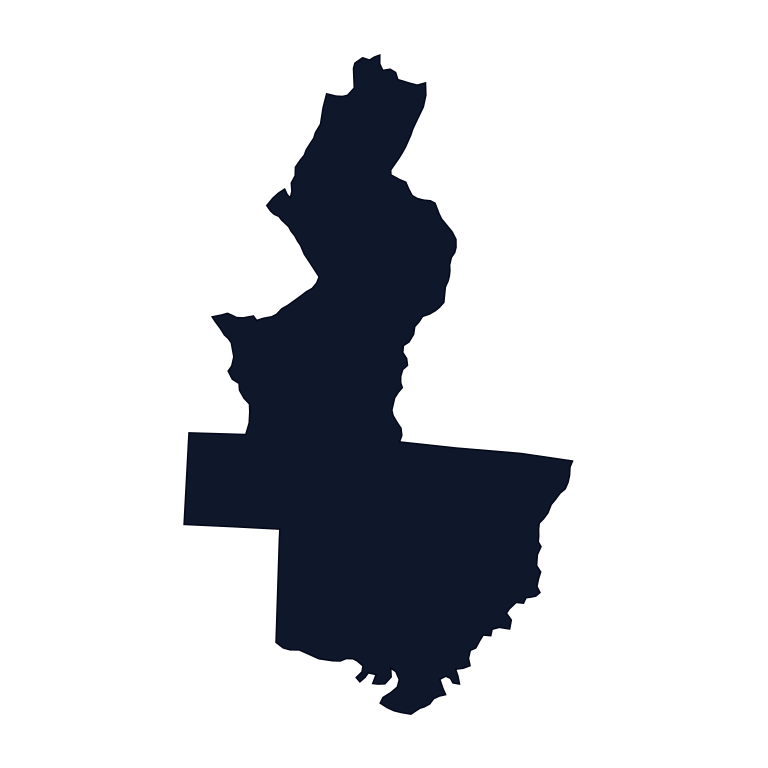 outline of Cambé, Paraná, Brazil, rotated 183°
{"feature_id": "56859067B22186488449217", "entity_name": "Cambé", "entity_type": "district", "adm_level": 2, "iso_a3": "BRA", "parent_name": "Brazil", "parent_adm1": "Paraná", "projection": "mercator", "projection_center": [-51.292, -23.206], "detail": "fine", "context": "isolated", "style": "filled", "palette": "ink", "viewbox_px": 768, "rotation_deg": 183, "n_neighbors": 0, "source": "geoboundaries", "source_scale": "gbopen_adm2", "svg_char_len": 3016}
<svg xmlns="http://www.w3.org/2000/svg" viewBox="0 0 768 768"><g transform="rotate(183 384 384)"><path d="M339.8,55.7L334.9,59.4L331.2,62.1L326.8,63.7L321.6,66.9L318.0,72.3L312.3,75.3L306.2,77.0L309.2,83.0L312.8,92.0L307.0,95.4L302.3,93.6L299.5,89.1L292.9,88.3L294.9,96.3L297.6,102.9L290.0,104.3L283.3,107.2L285.3,114.5L283.9,122.5L278.6,125.1L275.0,132.6L271.8,138.5L264.2,138.2L263.2,144.7L256.0,147.0L245.7,145.9L244.5,154.9L249.7,161.5L247.2,165.8L240.6,172.8L233.2,172.4L231.0,178.0L226.4,178.8L221.4,180.1L217.3,183.9L220.7,189.8L219.5,197.5L217.7,204.5L222.1,210.6L221.9,221.6L218.7,229.8L221.7,234.4L221.5,240.0L222.0,247.2L221.7,253.1L217.5,257.9L213.6,263.8L210.7,272.4L206.6,277.9L202.5,284.1L197.5,288.8L195.1,295.3L193.9,302.3L193.9,310.8L191.7,316.9L243.5,321.8L309.7,323.9L365.5,327.0L363.5,333.6L364.7,340.7L368.9,346.3L373.3,353.0L374.8,358.4L372.6,370.7L369.3,376.5L365.5,381.3L367.4,386.2L367.7,392.7L366.0,399.5L361.5,403.8L362.7,410.6L366.9,416.4L366.6,423.4L361.3,427.2L357.0,435.2L356.3,442.9L352.4,447.7L349.0,453.5L342.3,456.2L336.4,460.0L332.7,463.5L328.5,468.6L327.8,484.1L325.4,490.2L324.4,495.3L324.1,500.4L324.7,506.3L323.3,514.0L320.2,519.1L319.2,524.2L319.7,532.2L323.9,539.5L330.0,546.2L335.1,551.8L337.9,556.8L342.5,567.2L347.2,569.4L353.9,569.7L360.5,571.0L365.7,573.7L369.3,579.6L372.8,586.7L379.0,588.9L388.0,593.2L388.5,598.1L380.9,610.3L378.2,615.2L375.0,621.6L370.3,634.0L368.6,640.1L364.7,649.7L359.2,662.8L357.3,674.6L358.3,686.9L366.4,684.2L374.3,685.8L380.9,687.5L386.1,688.7L388.7,695.7L394.4,698.7L401.6,697.1L405.0,703.5L405.4,712.3L410.9,709.9L415.4,706.7L422.4,708.7L429.8,703.0L431.0,697.6L429.2,678.1L435.5,670.4L440.5,669.0L447.0,669.0L456.5,670.8L459.3,656.7L461.0,640.1L465.6,631.5L467.0,625.8L470.6,619.7L474.0,613.6L475.5,608.5L479.4,603.1L483.8,595.9L483.6,587.4L487.1,579.9L486.1,571.6L487.3,564.8L490.7,568.3L493.4,573.5L499.3,569.2L504.7,563.8L510.4,556.1L506.2,550.7L502.5,547.7L497.8,545.9L494.7,542.3L491.0,539.2L487.3,536.0L484.9,531.9L480.7,527.1L477.7,522.1L474.7,518.3L470.3,509.3L465.2,502.5L454.4,487.6L456.5,481.4L460.7,475.7L466.1,472.3L474.0,465.6L479.7,461.1L484.4,457.3L490.0,453.8L494.9,448.0L499.6,445.3L508.2,443.2L514.5,440.8L518.0,445.1L527.9,442.7L534.7,442.6L539.2,444.6L544.0,446.4L549.5,444.5L559.1,442.1L555.8,437.5L550.3,430.9L546.0,424.7L542.0,421.4L538.7,417.3L537.0,410.0L535.4,403.3L537.0,394.0L540.3,388.8L535.7,380.8L528.8,377.0L528.0,370.2L523.0,362.4L517.3,357.0L516.6,349.3L516.6,338.1L519.4,326.3L576.2,325.0L576.3,233.3L527.3,233.6L480.4,233.6L480.4,224.3L478.3,120.3L470.9,115.2L463.9,113.6L454.8,114.0L449.0,111.8L444.1,109.9L434.7,106.2L428.1,105.6L420.7,104.9L413.1,105.1L407.4,107.8L400.5,108.0L396.1,105.9L390.3,101.4L390.9,95.4L396.4,89.4L392.5,85.3L387.5,90.1L384.6,94.7L376.7,93.4L379.6,84.3L374.5,84.0L367.4,84.6L361.5,91.8L362.4,100.6L357.2,97.4L353.3,89.6L354.8,82.1L361.3,76.0L368.6,70.9L371.1,65.1L363.9,61.0L356.8,58.2L349.4,56.8L339.8,55.7Z" fill="#0f172a" stroke="#020617" stroke-width="1.5"/></g></svg>